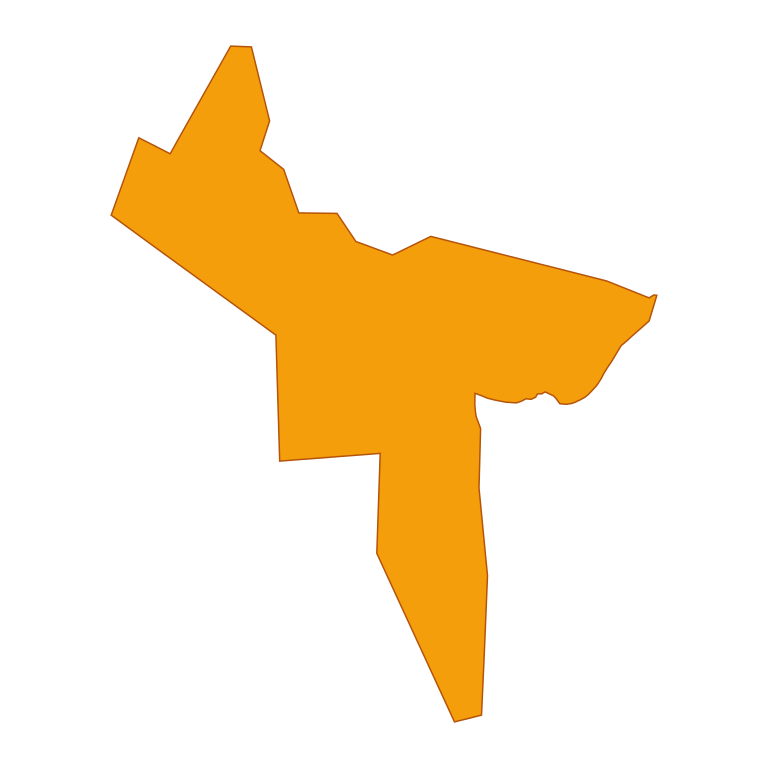 the district of São José do Peixe, Piauí, Brazil
{"feature_id": "56859067B40995132660641", "entity_name": "São José do Peixe", "entity_type": "district", "adm_level": 2, "iso_a3": "BRA", "parent_name": "Brazil", "parent_adm1": "Piauí", "projection": "mercator", "projection_center": [-42.491, -7.517], "detail": "fine", "context": "isolated", "style": "filled", "palette": "amber", "viewbox_px": 768, "rotation_deg": 0, "n_neighbors": 0, "source": "geoboundaries", "source_scale": "gbopen_adm2", "svg_char_len": 1030}
<svg xmlns="http://www.w3.org/2000/svg" viewBox="0 0 768 768"><path d="M606.7,281.0L540.5,264.2L430.8,236.4L395.4,253.7L392.5,255.0L378.4,249.8L355.9,241.5L337.0,213.4L298.8,212.9L283.7,169.4L260.0,150.7L269.6,120.9L251.4,46.9L230.7,46.1L178.4,139.0L170.2,153.8L138.8,137.8L111.2,215.2L156.5,248.3L275.9,335.1L279.7,461.1L340.9,456.4L343.8,456.2L380.2,453.4L376.8,553.3L454.5,721.9L470.6,717.9L481.5,715.1L484.2,655.7L487.5,575.7L479.0,488.0L480.6,428.6L478.7,423.4L476.2,416.7L475.5,412.3L474.8,404.7L475.0,393.3L481.3,395.6L487.5,398.2L495.5,400.2L506.1,402.2L516.4,402.9L521.6,401.1L525.9,398.8L531.2,399.3L535.6,397.2L537.5,393.9L541.9,393.8L545.1,391.9L553.6,395.9L556.1,398.6L559.8,403.7L566.2,404.3L571.5,403.5L574.7,402.4L579.9,400.0L584.6,397.4L588.3,394.5L592.8,389.8L596.0,386.3L597.8,383.9L601.2,378.6L603.7,373.7L607.1,368.1L611.6,361.5L619.7,348.0L621.3,345.5L627.0,340.7L630.5,337.4L649.1,321.0L654.5,303.2L656.8,295.3L653.8,295.0L649.1,297.9L606.7,281.0Z" fill="#f59e0b" stroke="#b45309" stroke-width="1.5"/></svg>